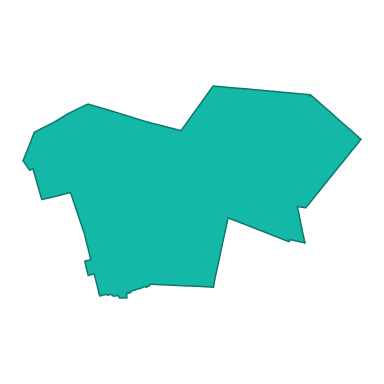 Jimbolia, Timis, Romania (Albers equal-area conic projection)
{"feature_id": "2599482B52055590619759", "entity_name": "Jimbolia", "entity_type": "district", "adm_level": 2, "iso_a3": "ROU", "parent_name": "Romania", "parent_adm1": "Timis", "projection": "albers", "projection_center": [20.766, 45.798], "detail": "fine", "context": "isolated", "style": "filled", "palette": "teal", "viewbox_px": 384, "rotation_deg": 0, "n_neighbors": 0, "source": "geoboundaries", "source_scale": "gbopen_adm2", "svg_char_len": 3848}
<svg xmlns="http://www.w3.org/2000/svg" viewBox="0 0 384 384"><path d="M305.6,207.8L305.7,207.7L305.8,207.6L309.2,203.6L310.0,202.6L312.9,199.0L315.7,195.5L315.7,195.4L319.0,191.4L320.7,189.3L322.6,186.9L323.5,185.7L326.2,182.3L327.6,180.6L330.0,177.6L331.3,176.1L333.9,172.9L335.2,171.2L337.6,168.3L339.1,166.4L341.2,163.8L343.4,161.2L345.1,159.0L346.4,157.4L348.7,154.6L349.7,153.3L352.4,149.9L353.0,149.2L356.0,145.5L356.7,144.7L359.7,140.9L360.1,140.3L361.0,139.3L358.9,137.5L357.7,136.4L356.5,135.4L354.1,133.2L352.2,131.5L349.1,128.8L344.9,125.2L343.9,124.3L340.1,121.0L339.2,120.3L338.9,120.0L338.9,119.9L335.8,117.2L333.6,115.1L331.5,113.2L329.6,111.5L328.3,110.3L328.0,110.1L327.9,110.1L327.5,109.8L326.9,109.2L322.6,105.5L321.7,104.7L317.6,101.0L315.7,99.3L312.6,96.7L312.4,96.5L311.2,95.4L310.3,94.7L309.8,95.5L309.5,94.7L306.3,94.4L305.4,94.3L298.7,93.7L296.9,93.5L291.3,93.0L289.9,92.9L283.5,92.3L281.7,92.1L276.5,91.6L273.1,91.3L273.1,91.5L270.6,91.2L268.3,90.9L263.7,90.5L261.1,90.2L256.0,89.8L248.2,89.0L240.4,88.4L239.3,88.3L232.8,87.8L231.3,87.7L225.0,87.1L222.0,86.8L222.0,86.7L217.3,86.4L213.1,86.0L212.9,86.2L211.8,87.8L208.6,92.4L208.2,92.9L205.1,97.2L202.1,101.4L198.6,106.3L195.3,110.8L194.9,111.3L191.9,115.5L188.5,120.3L186.0,123.8L184.6,125.7L181.1,130.6L179.9,130.4L175.1,129.1L170.5,127.9L169.1,127.6L162.6,125.9L158.7,124.9L152.7,123.4L148.5,122.3L141.9,120.4L135.8,118.5L129.2,116.4L123.2,114.6L119.0,113.3L109.7,110.4L105.6,109.2L104.1,108.8L97.6,106.8L95.2,106.2L88.2,104.1L86.5,104.7L86.5,104.9L86.3,104.9L85.5,105.2L84.5,105.6L83.1,106.4L82.5,106.6L78.8,108.4L76.4,109.6L71.4,112.0L69.6,112.9L68.3,113.5L67.2,114.1L66.6,114.5L66.4,114.7L65.9,114.9L63.6,116.4L59.3,119.0L57.4,120.2L54.9,121.7L52.2,123.2L46.8,125.9L45.3,126.6L37.6,130.5L34.9,131.9L34.4,132.2L32.7,136.3L31.1,140.6L29.8,143.9L28.1,148.1L26.5,152.2L24.8,156.4L23.0,160.8L25.8,164.6L28.3,168.3L29.7,170.2L33.0,168.8L33.8,171.5L34.5,174.0L34.7,174.7L36.2,180.0L37.4,184.4L38.7,188.7L39.9,193.1L41.2,197.4L41.8,199.5L46.4,198.5L50.8,197.5L55.2,196.4L59.1,195.5L63.5,194.3L67.4,193.3L70.4,192.5L72.0,196.9L73.6,201.8L75.4,207.0L76.3,209.7L76.6,210.5L78.0,214.8L79.5,219.2L81.0,223.7L82.5,228.2L83.9,232.3L84.7,234.5L85.7,239.2L86.8,243.6L88.0,248.2L89.0,252.4L89.9,256.1L90.9,259.7L84.8,261.1L85.8,265.6L86.9,270.2L88.2,275.5L91.1,274.7L94.2,273.9L95.3,278.3L96.4,282.6L97.4,286.5L98.1,289.5L98.6,291.7L99.4,295.4L99.5,295.7L100.1,296.0L103.7,294.8L106.6,294.6L108.3,295.2L110.6,294.4L112.2,295.1L113.3,296.2L117.1,295.7L117.9,295.2L119.4,297.9L123.8,298.0L124.8,297.8L125.6,298.0L126.9,298.0L126.8,296.9L126.8,292.9L129.1,293.2L130.9,292.2L131.5,290.9L135.4,290.0L138.0,288.8L140.3,288.6L144.4,286.4L146.0,287.4L149.7,285.5L149.6,284.4L152.8,284.3L156.0,284.5L159.1,284.7L162.4,284.8L165.6,284.9L168.5,285.1L171.7,285.2L174.6,285.3L177.7,285.5L180.5,285.6L183.6,285.8L186.4,285.9L189.5,286.0L193.0,286.1L194.2,286.2L196.1,286.3L199.8,286.4L200.6,286.5L203.4,286.6L207.6,286.9L213.5,287.2L213.7,285.5L214.1,283.5L214.5,281.1L215.5,276.2L216.4,272.3L217.3,267.9L218.3,263.5L219.2,259.2L220.2,254.7L221.1,250.2L222.0,246.2L222.9,241.5L224.0,236.8L224.9,232.6L225.9,228.1L226.9,223.4L227.5,220.5L228.1,217.9L232.1,219.5L236.2,221.0L240.1,222.6L243.9,224.0L248.0,225.6L252.7,227.5L256.5,229.0L260.2,230.4L265.6,232.5L269.7,234.1L273.9,235.8L278.1,237.4L282.2,239.1L285.9,240.5L289.0,241.7L289.4,241.5L289.7,239.7L291.5,240.0L294.1,240.5L295.7,240.8L297.8,241.2L298.0,241.4L298.7,241.5L299.4,241.7L300.4,241.9L301.5,242.0L301.9,242.2L302.7,242.3L303.6,242.6L304.1,242.7L304.4,242.8L304.8,243.1L305.1,242.1L304.6,241.3L304.4,241.0L304.3,240.4L304.3,239.9L303.2,235.0L302.1,230.0L302.0,229.2L301.0,224.3L299.9,219.0L298.8,213.2L298.4,211.3L298.1,210.3L297.7,208.8L297.5,207.7L297.5,206.6L305.6,207.8Z" fill="#14b8a6" stroke="#0f766e" stroke-width="1.5"/></svg>